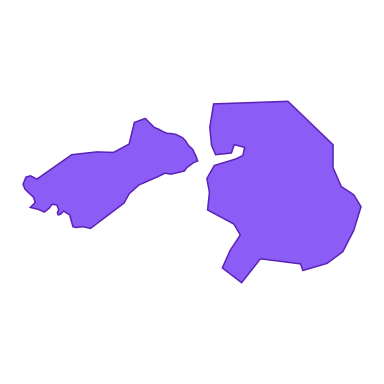 outline of Incheon
{"feature_id": "KOR-2495", "entity_name": "Incheon", "entity_type": "Metropolitan City", "adm_level": 1, "iso_a3": "KOR", "parent_name": "South Korea", "parent_adm1": "", "projection": "mercator", "projection_center": [126.55, 37.458], "detail": "fine", "context": "isolated", "style": "filled", "palette": "violet", "viewbox_px": 384, "rotation_deg": 0, "n_neighbors": 0, "source": "natural_earth", "source_scale": "10m", "svg_char_len": 1128}
<svg xmlns="http://www.w3.org/2000/svg" viewBox="0 0 384 384"><path d="M302.8,270.5L300.6,263.9L260.4,258.8L241.6,282.7L222.3,267.9L230.2,250.3L240.3,235.0L233.9,224.1L220.2,216.7L207.6,210.0L209.4,192.3L206.9,178.5L214.3,165.5L236.3,158.8L242.9,155.4L244.6,147.4L234.2,144.6L231.4,153.0L215.6,154.7L211.5,145.1L209.8,127.3L213.6,103.9L248.5,102.7L287.9,101.3L333.1,144.8L333.0,167.6L341.3,186.6L353.7,194.7L361.0,206.7L353.7,230.5L342.8,251.7L332.7,259.2L327.0,263.4L302.8,270.5ZM182.5,137.7L185.5,140.8L188.5,145.5L192.6,149.3L195.8,155.9L197.7,160.9L193.5,162.7L187.0,167.5L184.4,171.0L171.0,174.2L165.1,173.2L156.9,177.1L139.0,184.9L129.3,193.6L124.0,203.1L90.5,228.4L83.0,226.7L75.9,227.5L72.9,226.7L69.7,214.9L63.6,211.1L60.8,214.1L58.3,215.0L57.4,213.0L58.7,209.6L56.8,204.9L52.1,204.3L49.0,208.4L44.3,212.1L38.6,209.5L30.3,207.4L35.2,202.6L33.5,197.3L25.1,189.3L23.0,184.3L26.0,177.1L30.5,175.8L36.9,179.1L71.7,154.7L96.6,151.9L113.5,152.4L129.1,144.1L134.4,122.4L145.3,118.4L154.2,127.4L158.5,129.1L162.9,131.6L167.3,133.4L171.6,133.6L176.2,134.5L182.5,137.7Z" fill="#8b5cf6" stroke="#5b21b6" stroke-width="1.5"/></svg>